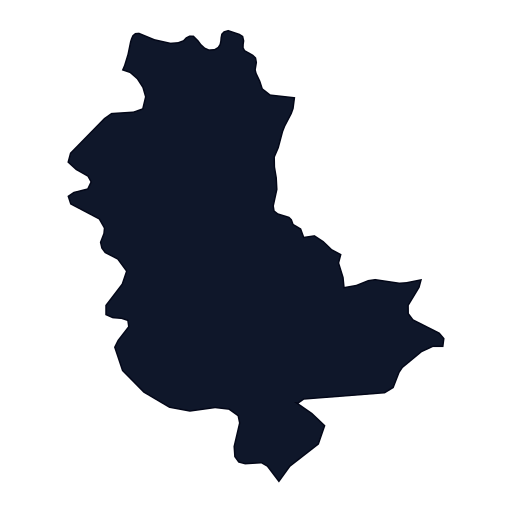 an SVG outline of Rhône
{"feature_id": "FRA-5338", "entity_name": "Rhône", "entity_type": "Metropolitan department", "adm_level": 1, "iso_a3": "FRA", "parent_name": "France", "parent_adm1": "", "projection": "natural_earth1", "projection_center": [4.648, 45.872], "detail": "fine", "context": "isolated", "style": "filled", "palette": "ink", "viewbox_px": 512, "rotation_deg": 0, "n_neighbors": 0, "source": "natural_earth", "source_scale": "10m", "svg_char_len": 1779}
<svg xmlns="http://www.w3.org/2000/svg" viewBox="0 0 512 512"><path d="M294.4,97.8L293.0,108.5L291.2,113.5L284.6,126.1L282.5,131.5L278.2,147.7L274.2,157.0L274.4,167.0L276.2,177.8L276.8,189.4L273.2,205.9L274.0,211.0L277.6,213.9L288.9,217.4L291.3,219.8L293.0,224.5L300.6,229.0L303.7,237.5L314.4,235.9L323.2,241.7L331.5,249.7L340.7,254.6L338.5,263.0L343.0,277.5L344.0,287.7L356.4,285.5L368.3,280.7L375.2,279.7L399.4,283.3L406.5,282.8L421.0,279.9L419.0,287.3L408.1,305.3L408.2,313.6L412.9,319.9L439.2,333.2L443.8,338.6L442.8,346.3L432.8,346.3L421.4,351.6L402.3,367.4L399.0,372.3L393.1,387.5L384.6,392.7L303.7,399.0L298.1,403.0L296.5,402.9L311.8,413.5L324.6,425.7L318.3,444.0L289.8,466.2L278.9,481.3L267.4,466.1L261.5,462.7L245.2,463.7L238.8,462.0L234.9,456.6L234.2,446.5L239.7,423.0L238.2,415.7L229.0,409.1L215.1,407.5L189.9,411.0L169.5,407.2L143.9,392.1L122.6,370.5L114.8,347.2L118.2,340.4L128.8,326.7L127.9,320.4L121.6,318.3L112.8,317.6L106.0,314.6L106.0,305.4L122.3,284.1L126.7,271.1L117.8,259.0L105.2,252.5L101.9,248.0L100.6,242.3L104.0,233.5L104.5,228.0L99.3,218.9L70.8,203.9L68.3,196.3L73.9,192.5L87.8,189.0L91.2,181.9L88.0,176.1L76.3,169.5L68.2,162.1L70.6,153.2L104.5,118.6L111.6,113.6L133.5,112.2L142.8,108.9L145.7,96.8L143.0,87.4L137.4,78.7L130.2,72.4L122.8,69.9L124.7,65.5L128.1,54.4L130.7,41.7L131.7,38.6L133.0,35.7L135.4,33.7L138.9,33.4L154.4,39.8L170.5,43.4L178.2,42.8L183.6,40.8L186.3,37.9L189.7,36.2L193.4,36.3L197.9,40.8L200.7,44.6L204.6,48.2L208.9,50.1L214.7,49.7L218.3,47.5L220.2,44.5L220.9,41.2L221.2,37.7L221.9,34.2L224.1,31.9L228.2,30.7L239.3,34.4L242.6,36.5L243.6,40.9L243.1,44.4L243.0,47.8L244.5,50.7L252.7,55.3L255.5,58.0L256.3,62.5L255.1,69.9L256.0,73.4L259.7,81.2L262.2,88.9L270.1,95.1L294.4,97.8Z" fill="#0f172a" stroke="#020617" stroke-width="1.5"/></svg>